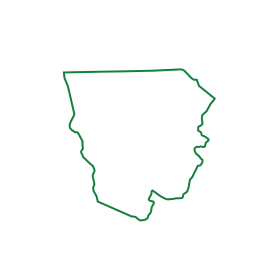 the Province of As Suwayda', rotated 212°
{"feature_id": "SYR-143", "entity_name": "As Suwayda'", "entity_type": "Province", "adm_level": 1, "iso_a3": "SYR", "parent_name": "Syria", "parent_adm1": "", "projection": "orthographic", "projection_center": [36.682, 32.769], "detail": "fine", "context": "isolated", "style": "outline", "palette": "green", "viewbox_px": 256, "rotation_deg": 212, "n_neighbors": 0, "source": "natural_earth", "source_scale": "10m", "svg_char_len": 3130}
<svg xmlns="http://www.w3.org/2000/svg" viewBox="0 0 256 256"><g transform="rotate(212 128 128)"><path d="M211.8,141.1L200.4,148.6L175.7,164.7L159.6,175.1L137.4,189.7L114.1,205.8L112.3,206.4L110.2,206.4L100.9,203.9L97.8,203.8L95.2,205.3L90.0,201.3L70.1,198.9L70.0,197.8L70.6,192.9L70.8,192.5L70.3,184.1L70.4,183.4L71.4,180.0L71.6,179.4L71.7,177.9L71.5,177.3L71.2,176.5L69.7,174.2L67.7,172.0L67.0,170.9L67.0,170.4L67.1,169.9L67.8,168.1L68.8,166.8L68.9,166.6L68.7,165.5L67.0,162.9L64.6,163.1L64.3,163.1L64.0,163.0L63.5,162.8L62.9,162.3L62.6,161.9L62.0,161.2L61.7,161.1L61.3,161.0L61.0,161.0L58.2,161.5L56.0,161.4L53.6,161.0L53.3,160.7L53.3,160.2L53.4,159.1L53.6,158.5L54.0,157.2L54.2,156.6L54.1,156.1L53.2,154.1L53.1,153.3L53.3,152.4L53.6,152.1L53.9,151.9L55.7,151.3L56.3,151.1L56.5,150.9L56.7,150.7L57.4,149.9L57.6,149.7L58.1,149.3L59.2,148.8L59.6,148.5L60.0,148.1L60.1,147.8L60.3,147.6L60.6,146.3L60.6,145.5L60.3,145.0L59.6,144.2L57.7,142.9L56.8,142.4L56.1,142.2L53.2,141.9L52.6,141.7L50.4,140.8L50.0,140.7L49.7,140.6L49.0,140.6L48.3,140.5L47.9,140.3L47.7,140.1L47.5,139.7L47.1,139.0L46.9,138.5L46.8,138.1L46.7,137.0L46.7,136.3L46.8,135.2L47.2,134.3L48.7,132.9L47.6,121.4L47.6,118.6L47.9,118.2L48.0,118.1L48.1,117.5L47.6,115.7L45.0,109.5L44.7,107.8L44.3,106.5L44.2,105.5L44.2,105.1L44.3,104.8L44.5,104.2L45.7,101.8L45.7,101.5L45.8,101.2L45.7,100.8L45.7,100.5L45.6,100.2L45.5,99.9L45.1,99.1L45.0,98.5L44.9,98.2L44.9,97.8L45.2,97.3L45.7,96.8L48.1,95.0L49.8,94.0L51.8,92.1L56.2,88.7L57.3,88.2L58.8,87.8L64.7,87.4L73.2,88.0L73.9,87.9L74.2,87.9L74.3,87.6L74.4,87.1L74.1,86.2L73.4,84.9L73.2,84.3L73.1,84.0L73.1,83.6L72.9,79.5L72.7,78.9L72.6,78.7L72.4,78.4L72.2,78.2L71.6,78.0L71.3,78.0L70.6,78.1L70.3,78.1L68.0,78.9L67.8,79.0L67.6,79.0L67.3,78.9L67.1,78.8L66.8,78.6L66.6,78.4L66.3,78.0L66.2,77.7L66.1,77.4L66.0,74.7L66.0,74.0L65.9,73.4L65.7,72.7L64.7,70.6L64.3,69.4L64.0,68.2L64.0,67.8L64.0,67.2L64.2,66.3L64.3,65.2L64.3,64.8L64.2,64.2L63.9,63.3L63.8,63.0L63.7,62.6L63.8,62.1L63.9,61.3L64.2,60.5L64.6,59.7L65.3,58.8L66.2,58.0L68.6,56.1L69.2,56.1L70.1,56.0L74.2,56.5L75.3,56.3L78.1,54.9L114.6,49.6L114.8,49.7L116.1,51.1L116.8,51.7L118.0,52.9L119.2,53.9L123.4,56.1L123.9,56.5L125.5,58.3L126.1,59.4L126.2,60.0L126.5,62.0L126.8,62.6L127.1,63.0L132.2,68.2L132.5,68.6L132.7,69.0L132.9,69.5L133.3,71.0L133.4,72.5L133.5,73.2L133.7,73.8L133.8,74.1L133.9,74.3L134.3,74.8L137.3,77.0L137.8,77.2L140.3,77.5L141.1,77.6L150.5,79.6L151.2,80.0L151.5,80.2L151.8,80.6L152.6,81.1L154.3,82.1L154.7,82.4L154.9,82.6L155.1,82.9L155.2,83.1L155.3,83.4L155.4,83.7L155.4,84.0L155.4,84.5L155.3,85.1L155.3,86.1L155.3,86.3L155.4,86.5L155.6,87.0L156.0,87.5L156.3,87.9L156.4,88.1L156.5,88.1L156.7,88.3L157.1,88.7L157.3,88.9L157.5,89.4L157.6,89.7L157.8,89.9L157.9,90.1L158.0,90.3L158.3,90.7L158.7,91.0L158.9,91.4L159.2,92.4L166.5,96.7L168.4,97.5L168.7,97.5L169.2,97.3L169.5,97.1L169.7,96.9L170.1,96.5L170.8,96.4L174.9,96.5L177.2,97.3L178.2,98.3L178.8,99.3L179.1,99.8L179.3,100.4L179.8,102.1L180.5,110.0L180.6,110.6L180.7,110.9L180.7,111.0L181.1,111.6L200.9,131.4L208.0,136.5L209.3,137.9L211.8,141.1L211.8,141.1Z" fill="none" stroke="#15803d" stroke-width="2"/></g></svg>